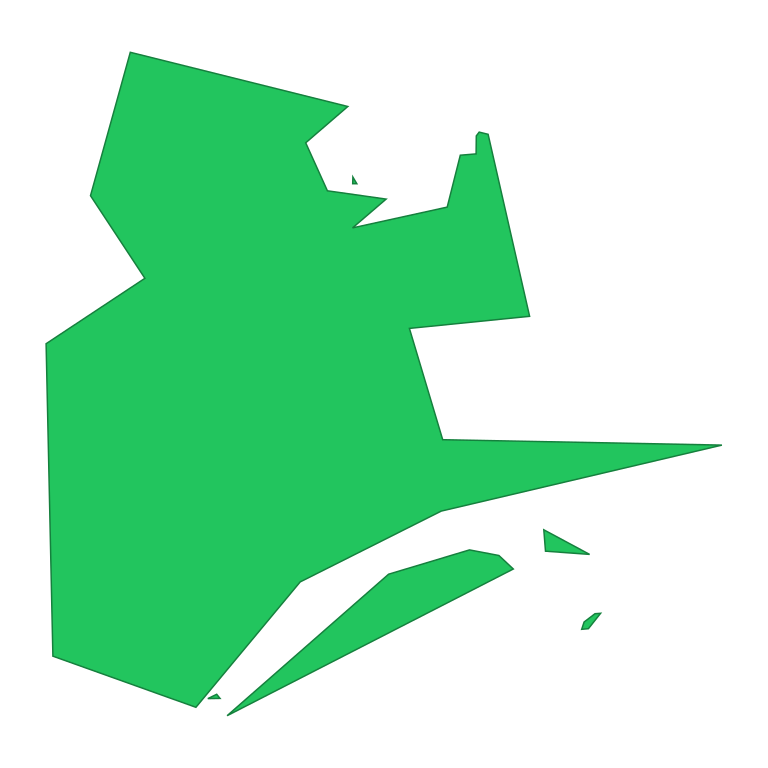 map outline of Québec (Robinson projection)
{"feature_id": "CAN-683", "entity_name": "Québec", "entity_type": "Province", "adm_level": 1, "iso_a3": "CAN", "parent_name": "Canada", "parent_adm1": "", "projection": "robinson", "projection_center": [-69.443, 53.796], "detail": "coarse", "context": "isolated", "style": "filled", "palette": "green", "viewbox_px": 768, "rotation_deg": 0, "n_neighbors": 0, "source": "natural_earth", "source_scale": "10m", "svg_char_len": 708}
<svg xmlns="http://www.w3.org/2000/svg" viewBox="0 0 768 768"><path d="M52.9,656.2L46.1,343.7L144.9,278.3L90.5,195.7L130.3,52.3L347.8,106.5L305.7,142.8L327.4,190.8L386.1,199.1L352.5,227.9L447.2,207.1L460.3,155.2L476.1,153.9L476.3,135.9L479.2,132.1L488.1,134.3L529.6,316.3L409.4,328.4L442.7,439.7L721.9,445.1L441.2,511.1L300.2,581.9L195.9,707.3L52.9,656.2ZM227.1,715.7L388.6,574.2L469.5,549.9L498.9,555.5L513.3,569.0L227.1,715.7ZM545.5,551.2L543.8,529.8L589.6,554.4L545.5,551.2ZM216.7,694.3L220.0,698.4L207.8,698.6L216.7,694.3ZM352.9,177.1L356.8,183.7L352.7,183.7L352.9,177.1ZM600.6,613.3L588.4,628.7L581.7,629.3L584.1,622.0L595.0,613.7L600.6,613.3Z" fill="#22c55e" stroke="#15803d" stroke-width="1.5"/></svg>